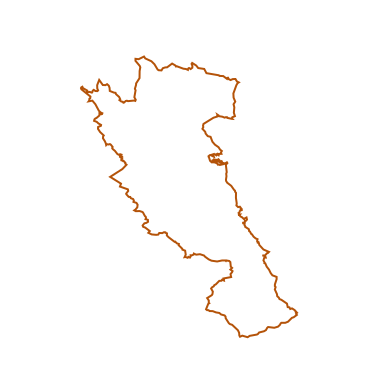 Balta, Mehedinti, Romania, rotated 198°
{"feature_id": "2599482B81880640406541", "entity_name": "Balta", "entity_type": "district", "adm_level": 2, "iso_a3": "ROU", "parent_name": "Romania", "parent_adm1": "Mehedinti", "projection": "natural_earth1", "projection_center": [22.605, 44.92], "detail": "fine", "context": "isolated", "style": "outline", "palette": "amber", "viewbox_px": 384, "rotation_deg": 198, "n_neighbors": 0, "source": "geoboundaries", "source_scale": "gbopen_adm2", "svg_char_len": 6081}
<svg xmlns="http://www.w3.org/2000/svg" viewBox="0 0 384 384"><g transform="rotate(198 192 192)"><path d="M277.7,304.6L279.5,306.0L283.8,301.8L286.9,301.2L286.3,299.3L280.7,295.8L279.7,294.6L279.2,290.9L277.1,284.1L278.7,278.0L278.3,276.5L278.2,272.5L277.1,271.3L276.1,264.3L274.0,262.3L274.1,261.1L275.3,261.1L281.0,258.6L282.1,258.7L283.1,258.1L284.5,255.8L285.1,255.8L285.7,256.4L287.2,256.2L289.4,257.0L288.9,258.0L290.7,259.9L294.4,261.5L295.4,262.7L296.9,262.4L301.4,262.7L302.6,265.6L304.0,267.4L306.1,268.3L307.3,266.9L309.9,266.2L314.9,269.9L315.2,264.3L314.1,261.2L312.7,259.6L313.2,258.7L315.1,258.2L317.0,258.8L317.7,257.7L317.7,255.8L318.2,255.5L320.2,255.6L322.6,254.4L323.0,254.5L323.0,256.1L327.8,257.1L328.8,258.2L329.6,257.3L329.7,256.5L328.9,255.5L318.1,251.4L317.8,249.7L318.4,249.0L318.0,247.2L318.3,246.3L315.0,248.1L311.0,245.6L305.7,240.5L303.4,239.4L301.6,239.2L301.6,238.4L302.3,237.9L304.3,238.1L303.7,236.2L305.7,232.9L306.6,232.1L307.2,231.0L307.1,229.4L304.3,229.3L302.2,228.3L299.2,227.7L299.1,226.8L301.4,224.8L300.9,223.0L297.9,220.6L293.4,218.5L293.7,217.4L293.3,215.6L290.6,213.4L288.9,211.5L288.1,210.1L287.6,211.2L286.0,211.4L284.9,212.2L283.8,211.9L281.4,210.3L281.5,209.1L280.7,208.4L278.0,207.3L274.6,205.0L272.9,204.8L272.1,205.7L271.2,205.7L272.0,204.7L271.9,204.2L271.7,203.9L269.8,204.3L269.3,203.9L270.5,202.8L268.8,202.2L269.2,200.6L268.9,200.3L268.3,200.6L267.1,200.1L266.8,200.5L264.4,199.2L264.3,198.4L262.7,197.7L265.3,192.3L274.5,181.1L262.1,178.0L262.2,174.9L253.8,174.7L253.0,173.3L254.1,170.1L253.8,169.6L250.7,167.8L249.2,168.2L248.2,167.2L245.8,167.1L244.7,166.0L244.6,164.5L241.5,164.5L239.8,163.1L239.3,160.5L240.3,157.9L241.2,156.7L239.5,156.4L235.9,157.7L233.3,157.7L232.3,157.4L229.4,154.6L228.4,154.2L227.7,153.0L227.8,151.8L225.4,151.9L224.6,150.1L225.9,148.5L227.6,147.5L228.6,144.9L227.7,143.8L225.5,143.7L220.1,141.8L220.9,139.7L217.2,139.2L212.8,140.2L210.9,141.1L210.5,142.9L207.6,143.7L206.2,145.1L204.9,145.4L204.7,145.0L203.0,144.9L202.5,142.9L200.4,141.8L193.1,139.2L192.6,139.6L190.6,138.5L188.4,138.5L188.3,137.3L183.7,135.0L183.3,134.2L180.4,134.1L178.6,130.5L178.9,127.8L178.2,128.2L175.8,128.1L175.4,129.2L173.7,129.0L173.4,130.3L173.8,131.4L172.6,131.7L171.1,133.0L171.2,134.0L168.7,133.7L165.2,135.3L160.9,135.3L159.6,134.5L155.3,133.1L152.2,132.7L146.6,133.7L142.2,136.2L139.0,137.2L138.4,136.9L138.2,137.5L135.3,137.9L133.9,137.2L132.0,132.9L130.4,132.2L131.5,130.1L129.0,129.3L129.1,128.2L130.0,125.8L128.5,123.2L135.5,119.4L135.3,118.8L133.8,118.8L134.8,118.3L134.4,117.7L136.3,117.8L136.6,116.7L138.6,115.9L140.8,111.5L142.0,110.3L142.2,109.0L143.5,107.5L144.0,106.1L141.4,103.7L141.0,101.2L141.3,100.0L144.8,95.8L142.5,94.0L141.8,91.7L141.3,91.5L142.0,90.6L142.4,84.8L141.2,84.3L139.8,84.7L138.5,84.2L135.5,85.1L132.0,84.9L128.6,85.4L126.5,84.5L122.9,84.7L121.6,83.9L121.0,82.4L116.4,78.6L115.1,78.1L112.8,78.1L105.6,74.7L103.7,72.7L102.6,70.1L101.6,69.2L99.8,70.9L94.2,71.1L92.7,73.0L86.2,76.5L85.4,77.4L84.8,79.1L80.5,81.8L79.0,83.5L78.5,86.1L77.9,87.1L71.8,88.3L68.6,90.5L67.3,92.9L67.1,94.3L66.6,95.2L62.9,96.4L60.6,98.3L58.1,103.2L56.6,104.3L54.3,107.5L55.3,108.2L55.0,108.8L55.9,109.6L55.3,109.9L57.9,111.4L60.9,112.2L62.4,111.1L63.7,112.4L65.4,112.1L67.2,115.2L73.7,117.1L75.7,117.2L76.8,118.4L78.7,119.2L79.7,121.2L83.1,124.9L83.1,127.4L84.1,128.1L84.6,129.8L84.6,135.3L85.3,137.4L89.8,137.6L92.1,139.2L94.8,142.0L97.9,144.1L100.2,146.7L101.2,146.8L101.2,147.4L102.9,149.0L103.0,151.6L102.8,152.1L101.6,152.4L102.0,153.0L102.9,153.5L105.5,153.5L103.6,153.9L102.8,154.6L101.8,156.8L101.1,157.4L101.4,158.0L101.1,158.5L100.6,158.2L100.3,158.8L106.3,159.4L111.6,162.4L112.6,164.1L113.6,164.1L113.6,164.9L114.4,164.8L114.9,165.4L115.1,167.4L117.0,167.5L119.6,168.5L121.9,170.3L122.7,170.4L124.7,172.3L125.5,172.4L126.5,174.2L130.6,175.3L130.7,175.8L131.8,176.7L132.5,177.9L133.0,178.3L133.7,178.1L133.9,178.6L133.0,179.1L132.3,178.9L132.7,180.9L132.3,180.8L131.6,181.6L131.2,182.8L132.3,184.6L133.8,183.1L134.0,182.2L136.8,183.5L138.4,183.7L139.6,184.6L139.4,185.2L140.3,184.7L141.1,186.4L140.5,186.6L140.7,188.4L140.3,189.4L139.1,190.1L139.4,191.1L140.6,191.2L140.7,192.0L141.9,192.8L143.5,191.9L145.6,192.9L145.9,194.9L148.4,200.0L149.9,204.8L151.0,205.5L151.6,206.6L152.6,207.0L156.6,210.0L161.4,211.7L163.0,213.1L163.5,214.2L164.1,217.7L165.1,219.9L165.1,221.6L168.0,227.9L168.1,228.6L167.3,230.4L168.0,231.0L170.2,228.5L173.9,226.3L174.6,226.5L175.8,226.0L176.4,226.7L178.2,227.1L180.0,227.1L182.4,226.3L183.0,226.9L180.3,228.7L177.5,228.5L177.4,229.0L176.6,229.2L173.0,228.5L170.5,228.7L170.6,229.3L173.5,229.1L173.8,229.2L173.1,230.2L173.4,230.5L174.2,229.8L176.9,231.3L177.2,230.7L176.9,230.4L177.3,230.2L178.1,230.5L179.5,229.6L181.1,229.7L181.0,229.1L182.2,228.5L182.1,227.7L183.6,226.8L184.5,227.3L187.0,230.8L188.0,230.9L187.2,231.2L186.5,232.5L185.1,233.3L184.6,233.0L184.9,232.7L182.2,232.3L183.2,233.5L183.1,234.2L183.7,234.3L182.9,234.9L182.1,233.9L182.3,234.2L181.7,234.9L180.1,234.3L179.6,235.0L180.3,235.5L179.7,236.2L178.0,235.3L178.0,235.9L178.5,236.4L175.8,237.4L176.7,238.6L176.3,240.2L178.4,241.0L180.6,242.8L184.8,244.1L188.1,246.1L191.4,250.2L194.3,250.0L197.1,251.8L198.0,253.3L201.6,255.3L201.3,257.2L202.0,258.5L202.1,260.3L194.5,269.3L191.4,271.5L191.6,272.4L191.2,272.8L191.7,273.4L190.3,273.0L190.0,272.4L186.4,273.0L184.0,272.8L182.8,273.7L181.6,273.9L181.3,273.4L176.6,273.9L176.2,274.0L176.9,274.4L176.8,275.5L174.6,277.4L176.7,280.3L177.9,285.6L179.6,288.3L178.8,291.3L181.6,294.6L183.1,298.5L182.8,307.3L182.3,309.6L181.4,310.7L183.4,311.0L185.6,312.9L188.1,312.0L189.9,310.4L192.0,310.7L193.0,311.8L193.6,311.5L193.7,310.4L198.1,311.9L201.8,310.9L202.5,311.3L215.0,309.5L218.4,312.8L224.4,311.8L227.1,313.6L231.7,314.8L232.0,313.7L230.6,312.1L230.1,310.3L231.3,308.5L232.8,309.0L233.5,308.7L233.9,307.6L233.7,306.9L235.8,307.1L238.3,306.6L245.4,306.9L246.0,306.4L247.0,307.2L250.6,308.0L254.2,302.9L256.0,302.2L258.0,300.7L258.6,298.2L261.4,297.5L262.6,297.9L267.2,301.9L271.0,303.8L277.7,304.6Z" fill="none" stroke="#b45309" stroke-width="2"/></g></svg>